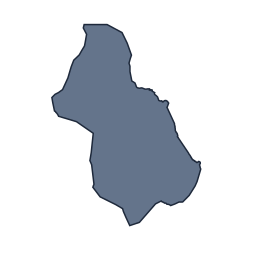 outline of Jinst, Bayanhongor, Mongolia, rotated 107°
{"feature_id": "93677404B67702711432193", "entity_name": "Jinst", "entity_type": "district", "adm_level": 2, "iso_a3": "MNG", "parent_name": "Mongolia", "parent_adm1": "Bayanhongor", "projection": "orthographic", "projection_center": [100.256, 45.421], "detail": "fine", "context": "isolated", "style": "filled", "palette": "slate", "viewbox_px": 256, "rotation_deg": 107, "n_neighbors": 0, "source": "geoboundaries", "source_scale": "gbopen_adm2", "svg_char_len": 3440}
<svg xmlns="http://www.w3.org/2000/svg" viewBox="0 0 256 256"><g transform="rotate(107 128 128)"><path d="M35.2,178.2L41.9,200.2L45.4,200.0L50.5,195.0L58.4,194.0L62.3,193.6L67.5,194.9L72.4,196.0L79.0,199.7L85.9,200.2L90.0,200.2L97.7,200.1L110.4,201.8L114.4,204.8L117.1,207.6L121.1,209.7L125.7,207.4L130.6,204.7L133.2,203.3L133.3,203.0L133.4,202.2L134.2,201.5L134.4,200.9L134.7,200.4L135.2,199.8L135.4,199.4L136.0,198.9L136.5,198.2L137.1,197.8L137.0,186.4L137.0,179.1L143.2,159.7L162.1,156.0L170.3,154.9L173.8,152.0L191.5,144.2L191.9,144.1L192.2,144.1L192.4,144.1L192.8,144.2L193.1,144.3L193.6,144.2L193.9,144.2L194.3,144.3L194.6,144.2L194.8,144.1L195.0,144.2L202.0,134.5L204.8,117.5L206.7,109.6L209.3,107.9L214.1,103.8L220.8,97.8L214.9,89.5L192.5,79.5L188.1,74.9L188.6,74.2L188.5,73.5L188.5,73.2L188.8,72.8L188.8,72.6L188.8,72.4L188.7,72.0L188.8,71.8L189.0,71.5L189.1,71.3L189.1,71.0L189.1,70.8L189.0,70.5L188.9,70.3L188.8,69.9L188.8,69.7L189.0,69.3L189.2,69.1L189.4,68.8L189.5,68.4L189.4,68.1L189.3,67.7L189.2,67.1L189.2,66.5L189.2,66.2L189.2,65.8L189.4,65.3L189.6,64.9L189.7,64.7L189.6,64.4L186.9,60.9L183.9,57.6L182.8,54.1L174.6,49.8L163.9,46.9L159.0,46.3L146.5,46.4L145.9,46.5L145.3,47.0L144.8,47.4L143.8,47.9L142.9,48.5L142.3,48.8L141.9,48.9L141.4,48.6L140.8,48.5L140.3,48.7L139.7,48.9L139.5,49.3L139.3,50.1L139.3,50.6L139.5,50.9L140.0,51.0L140.2,51.3L140.7,51.7L140.9,52.1L140.8,52.7L140.3,53.2L140.2,53.4L140.2,53.9L140.3,54.4L140.3,54.6L139.9,54.7L139.8,55.0L139.7,55.5L139.7,55.8L139.5,56.1L139.6,56.4L139.4,56.6L139.3,56.8L139.3,57.1L139.2,57.1L139.0,57.3L138.9,57.5L138.7,57.8L138.6,58.1L138.4,58.2L138.3,58.3L138.2,58.4L138.0,58.8L137.8,58.9L137.5,59.3L137.4,59.2L137.2,59.5L136.7,60.0L136.3,60.4L135.6,61.3L135.2,62.0L134.8,62.3L134.3,62.8L122.7,77.1L122.3,77.3L122.2,77.4L122.2,77.9L122.0,78.1L121.5,78.3L121.1,78.2L120.8,78.2L120.4,78.4L120.1,78.6L119.9,78.9L119.5,79.0L119.3,79.1L118.7,79.6L118.5,79.8L118.4,80.0L118.3,80.4L118.1,80.7L117.8,80.8L117.6,80.9L117.5,81.2L117.1,81.6L116.2,82.2L115.4,82.4L114.7,82.7L114.1,83.0L113.8,83.1L113.5,83.4L112.9,83.4L112.5,83.8L112.1,83.9L111.9,84.0L111.6,84.3L111.4,84.4L111.0,84.6L110.5,84.7L110.0,85.0L96.8,96.8L96.3,96.6L92.3,96.4L92.2,96.7L92.0,96.9L91.7,97.2L91.5,97.4L91.3,97.7L91.1,97.9L91.1,98.1L90.9,98.4L90.8,98.6L90.8,98.9L90.7,99.3L90.6,99.6L90.6,99.9L90.7,100.1L90.9,100.3L91.0,100.4L91.0,100.7L91.1,101.0L91.3,101.2L91.5,101.4L91.9,101.6L92.4,101.8L92.6,101.9L92.7,102.1L92.6,102.4L92.7,102.5L92.9,102.6L92.9,102.8L92.7,102.9L92.4,103.2L92.3,103.5L92.2,103.8L92.3,104.1L92.6,104.5L92.7,105.3L92.7,105.9L92.6,106.6L92.2,107.0L91.5,107.4L90.7,108.1L90.3,108.3L89.7,108.8L89.4,109.3L89.1,109.9L88.8,110.4L88.5,111.2L88.2,112.1L88.0,112.3L87.6,112.7L87.3,112.8L86.9,112.9L86.4,112.8L85.7,115.7L85.3,115.8L85.0,116.0L84.7,115.9L84.6,116.0L84.6,116.4L84.8,116.8L84.7,117.0L84.8,117.5L85.0,117.7L85.3,117.7L85.5,117.9L85.4,118.3L85.4,118.5L85.0,118.4L84.7,118.4L84.5,118.6L84.3,118.8L84.4,119.1L84.5,119.5L84.6,119.8L84.8,120.4L85.0,121.0L85.2,121.4L85.5,121.9L85.7,122.6L85.8,123.3L85.8,123.8L85.7,124.4L85.7,125.0L85.6,125.6L85.6,126.1L85.6,126.4L85.8,127.1L86.1,127.7L86.3,128.1L86.7,128.9L86.7,129.7L86.8,130.5L86.6,131.4L86.4,131.7L86.1,132.0L85.8,132.3L85.4,132.5L85.0,132.9L84.5,133.2L83.9,133.7L82.9,134.5L81.9,138.1L73.5,142.6L68.3,144.2L65.7,146.0L61.1,146.1L57.3,146.0L47.1,153.6L38.5,161.6L35.2,178.2Z" fill="#64748b" stroke="#1e293b" stroke-width="1.5"/></g></svg>